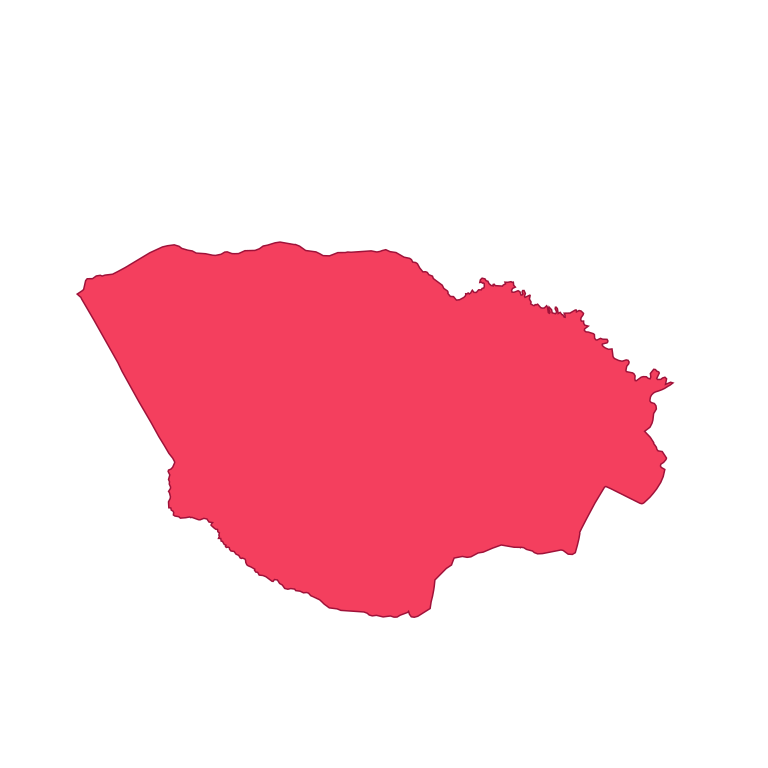 outline of Kungu, Équateur, Democratic Republic of the Congo, rotated 59°
{"feature_id": "63176286B55786633055845", "entity_name": "Kungu", "entity_type": "district", "adm_level": 2, "iso_a3": "COD", "parent_name": "Democratic Republic of the Congo", "parent_adm1": "Équateur", "projection": "orthographic", "projection_center": [18.779, 2.549], "detail": "fine", "context": "isolated", "style": "filled", "palette": "rose", "viewbox_px": 768, "rotation_deg": 59, "n_neighbors": 0, "source": "geoboundaries", "source_scale": "gbopen_adm2", "svg_char_len": 6122}
<svg xmlns="http://www.w3.org/2000/svg" viewBox="0 0 768 768"><g transform="rotate(59 384 384)"><path d="M547.7,546.2L552.6,540.0L555.8,537.6L566.7,522.0L569.1,518.6L571.9,516.4L574.3,515.7L576.7,513.5L578.4,509.6L583.2,504.7L586.2,497.9L589.0,495.5L590.5,492.8L590.5,489.2L592.0,481.2L591.6,480.1L594.5,480.8L597.6,480.5L599.5,478.2L600.5,474.7L600.2,460.1L595.0,455.8L590.9,451.7L586.3,447.6L583.4,445.2L578.2,441.3L574.2,425.6L573.9,419.3L573.1,418.4L570.7,415.4L569.3,413.5L572.2,405.6L575.4,402.0L576.9,398.5L577.3,390.3L579.2,385.6L580.6,375.5L582.4,366.4L590.9,356.6L593.9,351.8L594.6,351.4L594.4,350.8L596.3,348.5L599.1,347.1L603.7,342.7L605.9,342.0L608.7,339.8L611.0,335.5L617.4,317.8L618.9,316.2L624.7,313.8L627.1,310.3L627.1,306.9L621.7,301.2L617.0,296.6L613.1,293.2L612.0,292.7L609.6,289.1L604.1,280.2L594.7,264.5L586.1,248.3L586.0,247.6L586.1,246.6L590.4,243.6L615.9,227.4L618.1,226.0L619.4,224.7L619.7,223.6L619.7,222.3L618.0,214.4L616.3,209.3L614.4,204.4L610.9,197.5L607.2,192.4L601.9,187.3L598.3,189.3L596.7,189.3L595.3,188.0L595.2,184.7L594.0,181.2L593.0,180.0L585.2,180.3L583.0,182.9L582.4,183.5L580.6,183.8L578.5,183.1L573.8,183.5L573.2,183.0L566.8,183.2L558.8,185.0L558.0,178.2L555.6,174.4L553.4,172.1L548.2,168.1L545.7,163.4L542.8,162.1L540.0,162.3L537.4,164.6L535.4,164.8L534.1,163.8L532.3,162.2L531.1,160.1L530.5,157.5L530.6,155.3L531.3,152.5L532.0,148.8L532.3,145.7L532.2,141.6L532.3,139.5L531.9,135.8L530.1,137.4L529.3,142.9L525.1,139.1L522.9,139.7L522.3,142.1L522.6,144.4L521.0,147.2L519.7,147.4L516.4,142.4L515.1,142.3L513.5,143.5L511.4,143.9L510.3,145.2L512.2,150.3L515.4,151.7L516.2,152.7L516.6,153.3L515.2,154.6L512.9,155.4L511.2,158.0L510.6,160.0L511.0,164.3L511.2,165.9L510.5,166.9L508.7,166.3L506.4,164.6L504.0,164.5L502.5,165.2L498.3,169.8L497.0,169.7L493.8,166.8L492.7,163.8L491.4,162.6L489.4,162.6L488.1,164.0L487.1,168.2L484.6,170.8L480.8,173.4L478.5,173.6L474.9,172.0L471.4,170.5L469.9,173.7L467.2,175.7L464.7,176.8L462.9,176.9L462.2,176.2L462.5,175.4L462.9,173.8L463.6,171.7L463.5,171.4L463.2,170.6L462.4,169.9L460.6,169.8L458.2,173.5L456.4,174.9L456.0,178.8L455.3,179.6L453.3,179.9L450.0,178.2L448.7,178.6L445.3,181.6L444.8,182.0L443.4,184.0L441.4,184.7L440.1,183.7L439.6,179.1L437.0,181.6L434.8,181.6L432.9,180.5L431.8,182.4L430.1,182.2L428.6,180.8L427.2,177.6L426.2,176.6L422.9,177.5L421.5,178.9L421.3,181.9L419.7,181.1L419.1,181.9L419.0,186.3L419.0,188.0L418.4,189.1L416.1,193.1L418.0,193.3L420.1,194.4L419.5,195.1L416.7,195.1L416.2,195.8L413.3,196.1L413.3,198.4L408.8,196.6L406.9,196.8L406.5,197.5L407.7,198.6L410.5,198.8L411.6,199.5L412.1,200.7L411.8,201.1L409.6,203.2L408.1,202.6L406.7,202.1L403.0,202.9L404.3,204.0L408.1,204.9L408.6,205.8L407.5,206.4L402.5,204.4L401.3,204.3L400.7,204.3L401.4,207.4L400.6,209.1L399.3,210.3L394.7,211.2L394.6,211.9L394.5,213.0L393.8,213.5L394.0,214.2L394.2,214.8L393.6,215.6L390.8,217.0L389.5,215.7L386.1,215.6L383.8,213.5L383.3,213.1L382.9,213.4L382.4,218.5L381.0,218.3L379.3,216.2L376.0,215.8L375.3,217.0L376.2,218.2L376.5,218.3L378.4,218.5L378.8,219.8L378.3,220.7L374.9,220.0L373.1,221.0L372.6,224.0L372.3,225.4L371.2,226.9L369.4,226.4L368.3,224.6L368.6,221.5L366.2,222.0L363.3,220.7L362.7,221.9L361.7,222.4L360.5,225.7L359.0,227.9L360.7,228.2L360.6,231.0L361.1,232.0L357.8,236.8L356.9,238.0L355.2,238.2L355.1,238.6L354.9,239.2L356.1,239.9L354.7,241.5L352.0,242.3L349.5,242.0L348.0,243.3L346.8,243.3L345.9,243.3L343.8,245.4L344.3,247.7L346.3,249.6L346.9,248.1L348.2,247.7L348.7,246.7L349.5,246.4L352.1,247.8L352.8,248.7L353.1,249.0L352.6,250.7L353.4,252.1L353.3,252.3L352.0,254.4L353.1,257.7L351.8,259.7L349.1,260.0L349.8,261.4L350.6,262.8L350.7,264.6L349.3,265.0L349.5,266.4L348.7,267.5L349.7,268.0L350.5,269.2L350.9,271.0L350.7,275.8L349.4,278.7L344.9,279.4L343.1,282.0L339.3,282.6L338.3,281.8L336.9,281.7L332.9,283.5L329.3,283.2L321.8,286.3L319.0,287.4L316.5,286.9L313.4,289.3L310.7,289.4L309.2,290.5L307.9,292.9L303.0,293.6L302.8,293.6L302.6,293.6L298.1,293.4L296.2,294.3L294.3,296.6L291.5,296.4L289.5,297.3L285.6,301.5L277.5,306.0L273.7,310.6L269.8,313.3L268.7,316.8L268.3,319.1L267.2,322.1L263.3,326.4L254.1,344.4L252.2,347.1L251.4,349.4L247.6,355.9L246.1,364.7L242.6,370.1L239.2,372.0L235.7,374.3L229.2,382.4L222.3,385.4L218.8,388.1L218.1,389.3L208.8,400.0L206.9,404.6L205.0,412.3L203.5,416.5L203.9,421.1L203.1,425.7L198.1,434.6L197.3,441.5L195.4,444.9L193.9,447.2L190.0,450.3L188.9,452.6L188.9,456.8L187.0,462.2L185.4,464.5L180.4,469.9L178.5,472.6L175.1,477.5L171.2,479.8L168.2,483.3L163.6,487.5L160.5,488.7L156.7,492.1L154.0,498.3L152.4,503.3L150.9,517.1L150.9,545.9L150.5,554.3L150.1,560.1L147.0,567.0L146.3,570.0L144.7,571.2L143.2,575.0L143.6,579.6L140.9,584.2L141.7,586.5L148.2,592.7L148.6,594.2L148.9,600.7L152.8,599.5L153.4,599.2L155.4,599.4L179.3,599.7L228.8,601.1L238.3,602.0L272.9,603.2L297.1,603.5L313.1,604.1L323.7,604.0L332.7,604.1L338.8,603.3L342.5,603.5L343.6,603.9L346.5,608.0L347.2,610.5L346.8,613.0L347.8,614.1L351.6,614.4L354.9,617.9L357.3,618.2L359.2,619.6L362.4,620.0L363.6,620.9L365.1,624.0L366.6,623.9L370.6,625.1L372.0,626.2L372.3,626.7L374.0,629.4L379.3,632.2L379.6,631.7L380.4,630.6L382.6,631.3L384.1,630.4L385.7,630.4L387.8,632.0L389.5,631.2L390.2,630.4L392.0,628.3L394.1,627.6L396.5,622.8L397.9,619.0L398.9,618.6L399.4,617.3L404.8,612.9L405.7,611.6L406.4,607.6L408.5,605.3L412.2,605.1L414.5,602.3L415.3,604.4L416.1,605.0L420.0,603.8L421.9,603.0L422.9,601.6L423.8,602.0L425.1,602.5L426.8,601.8L428.5,603.4L429.7,603.5L431.1,605.4L432.3,603.5L434.8,604.5L435.7,603.5L439.3,603.6L440.8,602.5L441.7,603.6L442.9,603.3L443.5,601.7L444.6,600.9L446.2,601.5L448.3,601.2L450.4,598.7L453.6,598.5L454.3,598.0L456.1,596.8L459.1,596.8L460.1,596.0L460.2,595.1L462.3,593.4L463.6,593.4L465.8,594.4L468.3,594.7L469.8,594.1L472.4,592.2L476.2,590.1L476.9,590.9L479.1,590.8L480.4,589.3L483.5,589.4L485.8,586.4L488.5,584.4L495.4,581.6L496.1,580.7L495.2,578.6L497.1,576.3L501.2,576.2L503.9,574.7L508.1,574.4L510.4,572.1L511.3,569.3L513.8,566.2L515.6,566.1L518.4,562.6L521.5,560.6L522.9,557.7L524.4,556.4L527.7,555.8L535.8,550.3L537.8,549.7L542.0,548.6L547.7,546.2Z" fill="#f43f5e" stroke="#9f1239" stroke-width="1.5"/></g></svg>